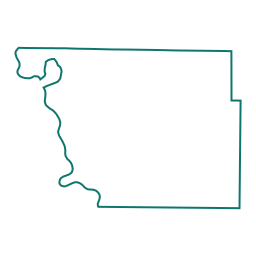 Atchison, Missouri, United States of America
{"feature_id": "52423323B76022746373485", "entity_name": "Atchison", "entity_type": "district", "adm_level": 2, "iso_a3": "USA", "parent_name": "United States of America", "parent_adm1": "Missouri", "projection": "mercator", "projection_center": [-95.613, 40.423], "detail": "fine", "context": "isolated", "style": "outline", "palette": "teal", "viewbox_px": 256, "rotation_deg": 0, "n_neighbors": 0, "source": "geoboundaries", "source_scale": "gbopen_adm2", "svg_char_len": 1550}
<svg xmlns="http://www.w3.org/2000/svg" viewBox="0 0 256 256"><path d="M98.3,206.8L239.5,208.2L240.6,100.6L231.5,100.5L231.4,51.1L227.9,51.1L227.4,51.1L227.2,51.1L225.6,51.0L225.1,51.0L224.1,51.0L181.1,50.5L172.7,50.4L166.6,50.2L150.9,49.9L130.6,49.6L109.4,49.4L109.0,49.3L106.5,49.3L98.3,49.1L91.1,48.9L77.1,48.7L65.5,48.3L48.3,48.2L26.0,48.0L18.8,47.8L17.7,48.8L15.8,51.3L15.4,53.6L16.5,57.3L19.0,61.9L19.5,63.4L19.6,64.9L19.5,66.2L19.1,67.4L17.7,70.1L17.4,71.9L17.6,73.2L18.3,74.5L19.8,76.1L22.0,77.2L25.2,78.1L29.5,78.3L31.8,77.5L34.0,76.3L35.1,76.2L38.2,76.6L39.8,78.3L40.3,79.4L44.6,76.0L45.4,73.7L44.6,71.8L44.8,67.7L45.5,65.0L45.8,61.9L48.4,60.0L51.6,59.1L54.2,59.0L56.6,62.0L57.9,65.3L60.2,67.0L61.1,69.3L61.6,71.2L60.3,78.4L58.0,81.5L55.6,82.7L46.5,86.1L45.2,86.9L43.6,87.5L45.1,90.6L45.5,93.3L45.3,96.8L45.0,99.0L44.8,100.6L44.9,102.1L45.6,104.3L46.1,105.3L49.5,108.3L52.2,109.9L54.2,111.6L56.6,114.4L59.3,119.0L60.3,122.5L60.0,125.5L59.3,127.6L58.4,130.4L58.1,131.8L59.0,135.4L62.6,141.6L64.7,146.2L65.4,150.5L65.2,152.1L65.3,154.7L65.8,156.4L67.3,158.9L69.4,160.9L71.1,163.1L71.9,164.9L72.3,166.2L72.7,169.0L72.5,170.2L71.8,172.3L70.0,173.9L68.5,174.7L63.2,176.6L61.0,178.1L59.9,179.6L59.5,181.4L59.4,183.0L59.7,183.9L60.8,185.3L61.8,185.9L64.2,186.4L65.3,186.3L67.6,185.4L72.5,183.1L74.5,182.4L76.2,182.2L77.3,182.3L79.4,183.0L81.8,184.4L85.0,187.7L86.1,188.4L88.2,189.4L93.3,189.7L95.6,190.5L96.9,191.3L98.9,193.6L99.5,194.8L99.8,196.2L99.6,198.6L97.8,203.7L97.8,205.2L98.3,206.8Z" fill="none" stroke="#0f766e" stroke-width="2"/></svg>